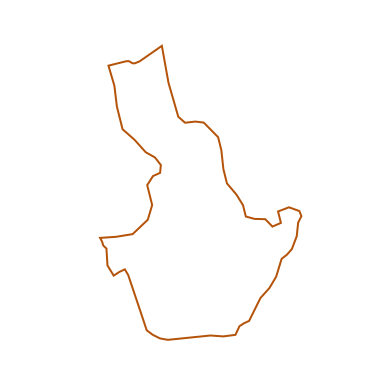 the border of Masindi, rotated 346°
{"feature_id": "UGA-3102", "entity_name": "Masindi", "entity_type": "District", "adm_level": 1, "iso_a3": "UGA", "parent_name": "Uganda", "parent_adm1": "", "projection": "robinson", "projection_center": [31.719, 1.811], "detail": "fine", "context": "isolated", "style": "outline", "palette": "amber", "viewbox_px": 384, "rotation_deg": 346, "n_neighbors": 0, "source": "natural_earth", "source_scale": "10m", "svg_char_len": 1002}
<svg xmlns="http://www.w3.org/2000/svg" viewBox="0 0 384 384"><g transform="rotate(346 192 192)"><path d="M292.3,241.9L287.6,247.4L282.9,260.3L275.1,271.5L269.1,275.7L262.8,278.5L253.2,294.5L243.9,303.9L232.8,311.4L216.2,330.9L210.8,331.9L205.6,333.7L199.6,341.1L187.5,339.7L175.2,335.7L132.8,329.6L125.5,326.3L119.3,321.0L114.6,315.2L113.4,299.5L110.0,257.1L108.1,250.8L102.1,252.0L95.8,254.2L92.2,242.8L95.3,226.2L93.0,222.6L92.7,218.2L91.7,214.3L107.4,217.1L124.2,218.5L142.4,208.2L150.2,195.0L150.2,174.5L158.0,167.1L165.7,165.7L168.3,158.3L164.4,149.5L156.7,142.2L148.9,127.5L139.8,114.3L139.8,90.8L142.4,70.2L141.5,49.2L160.0,49.2L162.5,49.8L165.4,52.7L167.6,53.3L172.6,52.6L198.1,42.9L195.6,80.5L196.9,115.7L202.0,123.1L212.4,124.5L220.2,127.5L225.4,136.3L230.6,145.1L230.6,158.3L228.0,177.4L228.0,192.1L234.5,205.3L238.3,217.1L238.3,228.8L246.1,233.2L256.5,236.1L261.7,245.0L270.8,243.5L270.8,231.7L282.4,230.3L291.6,236.5L292.3,241.9Z" fill="none" stroke="#b45309" stroke-width="2"/></g></svg>